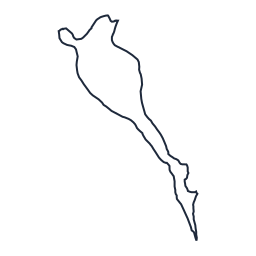 the district of Al- Badari, Asyut, Egypt
{"feature_id": "37247803B32615858974663", "entity_name": "Al- Badari", "entity_type": "district", "adm_level": 2, "iso_a3": "EGY", "parent_name": "Egypt", "parent_adm1": "Asyut", "projection": "equal_earth", "projection_center": [31.445, 26.947], "detail": "fine", "context": "isolated", "style": "outline", "palette": "slate", "viewbox_px": 256, "rotation_deg": 0, "n_neighbors": 0, "source": "geoboundaries", "source_scale": "gbopen_adm2", "svg_char_len": 3040}
<svg xmlns="http://www.w3.org/2000/svg" viewBox="0 0 256 256"><path d="M117.9,20.7L117.6,20.7L117.2,20.6L116.7,20.5L115.9,20.5L115.6,20.9L114.8,20.8L113.9,21.5L113.3,21.5L112.7,21.6L111.9,21.7L110.7,20.9L110.1,19.5L109.7,18.6L109.3,17.8L108.8,16.9L108.5,16.4L108.2,15.7L107.8,15.4L105.9,15.6L103.9,16.1L101.3,16.9L100.3,17.3L98.7,18.4L97.4,19.2L96.1,20.4L91.5,27.4L91.5,28.2L90.8,28.9L89.5,30.1L88.9,31.0L88.6,31.5L87.9,32.4L87.0,33.7L86.1,34.6L84.7,36.0L84.0,36.7L83.6,37.1L83.2,37.5L81.4,38.8L80.2,39.0L76.4,39.5L75.7,39.0L74.3,38.1L73.6,37.0L73.3,36.6L72.9,35.1L72.5,34.4L72.0,33.5L66.1,28.4L63.5,28.8L63.2,28.8L62.9,28.8L62.9,29.1L61.9,29.1L60.9,29.5L59.9,30.3L59.6,30.7L58.7,31.1L59.2,34.6L59.5,38.2L61.9,42.1L63.4,43.2L67.0,44.9L69.3,45.4L71.1,45.7L74.3,47.0L76.0,49.4L76.9,53.2L77.7,56.4L76.8,61.7L76.5,65.1L77.1,70.4L77.6,73.3L79.1,77.3L81.4,80.4L83.8,84.2L87.4,89.1L90.2,93.0L92.8,95.4L97.1,98.3L98.6,99.3L102.1,102.6L103.6,104.9L106.2,106.5L109.3,109.0L111.5,110.9L117.6,114.1L122.6,116.8L124.6,117.3L128.6,118.9L130.9,120.2L133.6,122.5L134.4,123.5L135.0,124.1L135.8,125.5L136.8,127.6L136.9,127.9L138.2,129.4L140.0,131.1L141.9,132.7L142.3,133.0L142.7,134.4L143.7,136.3L145.1,138.6L145.4,139.2L146.1,140.0L148.6,142.5L149.7,143.6L150.5,144.7L151.7,146.1L153.5,149.1L155.5,152.1L159.0,157.6L161.1,159.9L161.2,160.0L161.3,160.1L163.7,162.1L165.9,162.9L166.8,162.8L168.7,164.9L169.5,166.0L169.5,167.4L169.6,169.9L170.4,171.8L172.1,174.0L172.7,174.9L173.7,176.2L174.1,178.6L174.6,181.3L174.6,183.7L174.6,186.5L175.1,189.0L175.3,189.9L175.3,191.2L175.3,192.2L175.8,194.1L176.7,195.4L176.7,197.1L176.9,198.9L177.7,200.0L179.5,202.2L179.5,202.3L181.1,204.2L183.0,208.3L187.1,217.3L187.5,218.1L190.9,227.1L191.7,230.4L193.0,231.3L194.0,232.3L195.5,237.8L196.1,239.6L196.5,240.6L196.8,237.7L196.2,234.6L196.2,231.8L195.6,228.3L195.3,225.2L194.3,221.6L193.7,219.3L193.7,216.5L193.0,213.8L193.4,212.6L193.7,211.4L193.4,208.3L193.4,206.3L193.1,204.8L193.7,202.4L194.7,200.1L196.0,196.2L197.4,193.8L196.4,192.7L196.1,191.5L194.8,192.2L193.6,192.2L193.1,192.2L191.5,192.2L189.9,191.8L187.9,191.0L187.6,189.8L187.0,188.3L185.4,185.9L185.1,183.6L184.7,181.6L184.7,179.6L185.4,179.2L186.1,178.9L187.0,177.7L187.4,175.0L188.4,173.0L187.7,171.4L187.7,169.9L187.7,167.5L187.1,165.5L186.4,164.4L185.1,164.4L183.8,164.3L182.2,164.3L180.6,163.9L179.6,162.7L178.3,160.4L176.4,159.2L174.1,158.4L172.5,157.2L170.6,156.0L169.6,155.2L169.2,154.8L168.3,154.0L168.3,152.1L168.0,151.3L166.7,148.9L166.1,146.2L164.5,142.3L162.8,138.3L160.9,134.8L159.3,132.4L157.1,129.5L156.7,128.9L155.1,126.5L152.5,123.4L150.9,120.6L149.0,119.0L147.3,117.1L145.2,114.3L142.9,106.1L142.0,102.8L141.3,98.9L140.6,91.3L142.1,84.6L141.6,78.6L140.7,74.2L140.0,72.9L139.1,69.7L139.3,66.8L138.8,62.1L137.5,59.5L132.3,55.1L126.5,51.2L123.9,49.9L119.6,47.7L118.7,47.2L117.7,46.8L114.8,45.2L113.5,43.6L112.6,42.0L111.9,40.1L111.9,36.9L112.6,35.4L112.9,34.2L113.3,33.8L114.2,31.5L114.9,28.7L115.6,26.4L116.2,24.8L116.9,22.9L117.9,20.7Z" fill="none" stroke="#1e293b" stroke-width="2"/></svg>